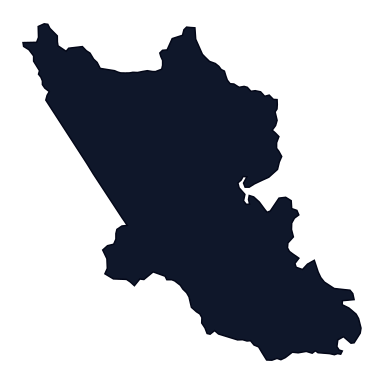 Montenegro, Rio Grande do Sul, Brazil (Mercator projection)
{"feature_id": "56859067B94353627471018", "entity_name": "Montenegro", "entity_type": "district", "adm_level": 2, "iso_a3": "BRA", "parent_name": "Brazil", "parent_adm1": "Rio Grande do Sul", "projection": "mercator", "projection_center": [-51.488, -29.71], "detail": "fine", "context": "isolated", "style": "filled", "palette": "ink", "viewbox_px": 384, "rotation_deg": 0, "n_neighbors": 0, "source": "geoboundaries", "source_scale": "gbopen_adm2", "svg_char_len": 2696}
<svg xmlns="http://www.w3.org/2000/svg" viewBox="0 0 384 384"><path d="M23.0,42.6L23.6,46.4L28.9,49.7L33.6,55.9L33.6,61.2L39.5,70.7L38.5,74.2L40.9,77.2L42.4,80.9L42.4,84.6L44.8,88.1L49.3,91.6L47.1,95.3L45.8,100.1L86.8,163.4L93.4,174.1L122.2,218.0L127.3,225.4L121.9,226.0L116.9,229.4L115.9,233.5L115.9,239.1L113.7,244.2L107.5,245.7L102.7,250.0L106.9,258.7L107.3,268.4L104.9,273.8L113.4,278.9L126.5,279.4L130.2,281.9L134.4,285.7L139.8,279.0L143.9,279.5L153.1,271.9L158.5,273.8L165.1,276.2L166.8,279.7L171.7,279.7L174.7,280.9L180.3,285.2L182.9,289.1L186.6,292.7L189.0,296.9L191.4,307.3L196.5,311.8L199.8,313.9L201.9,317.6L201.7,323.0L205.0,328.0L207.1,333.5L210.1,334.2L214.6,330.6L218.5,334.0L237.6,339.9L242.6,339.7L247.0,341.0L250.5,340.7L254.0,345.0L258.6,346.9L261.8,352.3L266.6,360.0L271.9,360.2L277.0,358.4L280.9,359.7L285.3,357.6L288.3,355.3L292.3,352.2L298.2,352.8L306.3,351.4L312.2,353.2L315.4,350.8L318.0,352.7L329.5,353.6L334.4,354.7L337.6,353.6L340.7,354.2L342.3,351.0L339.1,350.0L336.9,346.6L337.8,339.9L343.5,336.7L351.0,343.2L354.1,342.8L356.6,338.9L360.2,333.2L361.0,328.1L358.6,318.6L356.1,314.1L348.9,308.0L342.2,304.7L342.4,300.7L354.1,299.6L352.8,293.6L350.0,290.2L344.2,289.6L334.2,288.5L324.4,282.1L320.8,277.6L318.2,272.1L316.1,265.7L314.3,260.3L307.5,264.1L302.5,269.5L296.2,267.3L294.9,263.5L298.9,258.2L292.3,253.6L289.4,251.4L287.5,247.9L287.9,243.0L293.4,236.9L291.5,229.5L291.7,223.1L294.4,218.2L298.8,214.9L296.9,210.4L291.7,208.6L291.2,200.7L285.7,197.3L279.0,198.1L270.3,211.0L267.1,212.3L264.9,209.6L259.3,202.0L253.7,196.9L249.2,195.5L248.5,199.5L249.6,204.1L246.3,204.4L243.5,200.9L244.9,194.4L239.1,187.8L237.9,182.9L241.2,180.0L243.1,176.5L246.9,176.8L243.5,183.1L245.1,187.2L249.2,187.2L254.4,183.9L262.2,180.2L268.8,177.2L277.5,169.4L279.3,162.0L281.7,156.5L278.9,151.4L276.6,148.3L276.6,142.7L278.9,136.6L275.4,133.0L272.2,130.2L275.6,125.5L277.1,120.3L275.1,111.9L277.0,109.0L277.3,104.5L277.1,99.6L273.4,99.4L269.2,95.1L264.7,96.3L260.6,91.8L255.2,90.7L250.9,91.3L247.3,87.3L244.1,86.4L239.1,87.3L233.9,84.0L230.1,83.7L227.3,80.1L225.9,76.1L224.4,71.1L221.2,69.5L218.8,66.3L215.3,63.5L209.5,61.4L205.2,57.2L202.4,54.3L195.7,39.2L194.9,27.8L190.4,27.5L186.6,27.1L183.9,29.8L182.5,35.3L177.2,37.0L172.2,38.6L167.1,49.9L162.5,50.3L159.8,53.0L160.9,56.7L162.6,60.4L162.6,65.3L161.7,69.2L158.6,70.4L155.4,71.6L152.3,71.5L147.3,70.7L142.5,71.5L137.6,72.5L132.9,72.3L129.6,72.9L125.3,73.0L120.6,72.9L117.6,72.0L114.6,70.7L100.2,68.4L97.1,62.4L93.6,59.1L90.0,53.1L86.3,50.7L82.4,46.6L68.7,48.2L66.1,51.3L58.0,45.8L57.4,41.9L57.3,35.9L49.9,28.4L47.8,24.3L44.2,23.8L38.2,26.5L38.5,37.4L36.6,42.3L23.0,42.6Z" fill="#0f172a" stroke="#020617" stroke-width="1.5"/></svg>